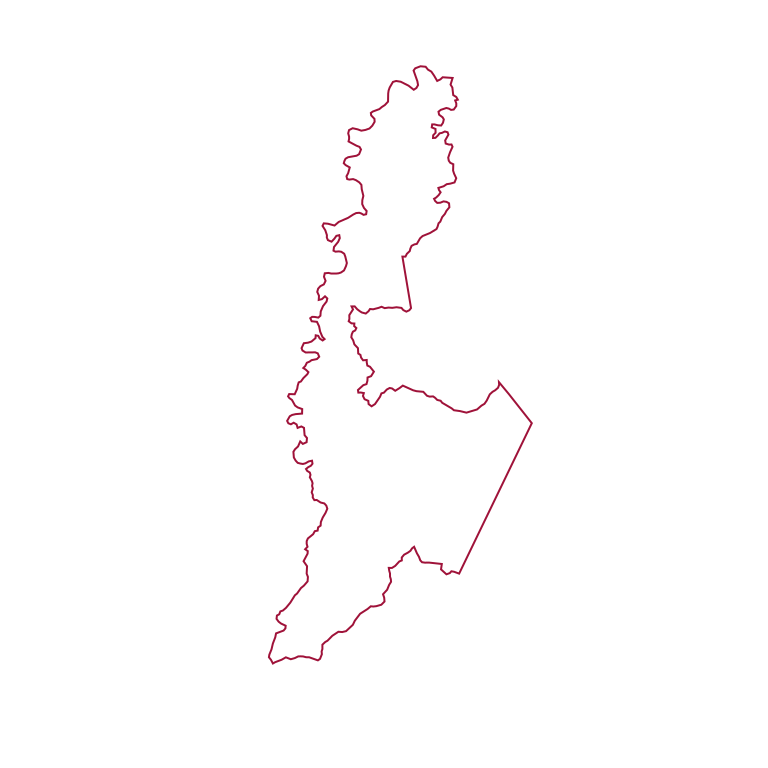 Santa Terezinha de Goiás, Goiás, Brazil (Albers equal-area conic projection), rotated 32°
{"feature_id": "56859067B60911131091675", "entity_name": "Santa Terezinha de Goiás", "entity_type": "district", "adm_level": 2, "iso_a3": "BRA", "parent_name": "Brazil", "parent_adm1": "Goiás", "projection": "albers", "projection_center": [-49.725, -14.312], "detail": "fine", "context": "isolated", "style": "outline", "palette": "rose", "viewbox_px": 768, "rotation_deg": 32, "n_neighbors": 0, "source": "geoboundaries", "source_scale": "gbopen_adm2", "svg_char_len": 6153}
<svg xmlns="http://www.w3.org/2000/svg" viewBox="0 0 768 768"><g transform="rotate(32 384 384)"><path d="M337.7,197.6L335.7,200.4L333.2,202.2L330.4,201.7L328.3,200.4L329.4,198.3L330.3,194.7L330.4,191.4L327.9,190.4L326.2,188.9L329.8,184.7L331.3,181.3L334.0,179.0L337.0,175.7L336.2,171.2L332.0,168.5L329.5,166.4L326.3,160.9L323.0,161.3L320.6,160.3L318.5,158.0L317.2,152.5L316.4,146.5L314.3,145.1L312.3,146.5L308.9,147.4L306.8,145.0L306.5,138.4L304.5,136.8L301.8,137.6L300.1,140.3L298.3,142.0L298.0,144.7L297.2,148.0L295.2,149.4L293.9,147.0L294.6,143.6L292.5,140.4L288.5,141.1L287.3,138.3L289.3,137.1L292.7,136.0L295.5,134.5L295.6,131.2L294.5,127.9L292.4,126.8L288.0,126.4L285.9,124.2L286.9,121.4L290.6,116.9L293.0,116.1L295.6,116.0L297.7,114.3L298.0,110.0L296.6,107.7L294.1,105.8L295.9,103.8L293.2,102.3L289.6,102.3L284.9,96.4L281.8,94.8L280.0,88.1L271.2,92.8L270.4,95.8L268.5,98.8L263.0,95.9L258.6,94.0L254.7,94.1L251.2,92.9L246.6,95.2L243.2,99.7L243.0,102.5L251.9,109.6L254.5,112.5L254.6,115.8L253.3,118.7L246.7,118.0L238.0,118.8L233.7,120.6L231.5,123.1L231.7,129.5L232.4,132.7L233.6,135.4L237.8,142.4L236.9,147.0L235.4,150.2L234.4,153.3L230.1,158.9L229.2,161.1L230.8,163.0L235.4,164.2L237.1,166.6L237.2,171.1L236.3,175.0L233.6,178.4L230.5,181.2L226.7,182.0L221.9,183.7L219.8,187.2L220.8,190.4L223.3,192.7L224.5,194.6L225.4,197.1L234.4,196.5L237.6,195.9L240.2,197.3L241.1,202.3L239.8,204.9L233.4,210.7L232.0,213.3L232.2,215.6L232.9,218.1L235.5,218.7L240.2,218.5L241.9,224.3L242.1,227.7L244.2,229.7L246.3,229.0L249.2,226.6L252.1,226.0L256.2,226.1L259.3,227.1L261.9,230.6L266.8,235.4L268.2,239.6L270.2,243.0L273.7,245.3L277.6,246.5L278.9,249.5L277.0,251.4L274.5,251.4L272.3,251.9L269.8,253.8L268.1,256.6L265.5,262.1L259.7,270.6L258.1,275.8L251.5,277.8L247.8,279.7L248.1,282.5L252.7,284.7L256.7,288.0L257.9,290.1L260.2,291.7L264.1,291.1L264.9,287.1L265.1,283.6L267.2,281.5L269.2,283.7L269.8,287.7L269.0,294.3L270.5,297.7L272.7,297.5L275.4,295.5L277.7,294.5L281.2,294.6L283.6,296.4L288.4,301.1L289.3,304.2L289.9,308.9L288.4,312.3L286.8,314.2L285.0,315.6L280.7,318.3L278.1,319.2L275.1,321.5L276.3,324.9L279.8,327.5L280.2,331.4L278.2,334.7L277.6,338.0L278.6,341.3L282.1,343.6L284.1,347.3L286.4,344.9L287.5,340.9L290.6,341.5L291.6,344.5L291.0,350.2L291.9,356.0L293.9,359.8L293.1,362.5L289.8,363.8L287.5,365.1L286.6,367.3L289.4,369.1L294.2,366.8L298.4,369.5L302.1,373.4L306.8,376.7L309.8,377.4L308.9,379.6L305.4,379.5L302.7,378.0L300.3,378.9L301.6,381.4L300.0,386.4L297.7,389.2L294.4,391.9L295.1,397.3L297.1,398.8L300.8,398.8L308.9,393.6L311.6,393.1L314.6,395.2L313.9,398.4L309.9,402.2L309.0,404.5L307.3,406.9L307.7,410.4L307.1,413.2L310.2,413.3L313.6,414.0L313.8,416.3L312.5,421.7L312.2,425.9L310.8,427.8L311.7,431.2L312.9,434.0L313.7,440.0L308.9,442.8L309.2,445.3L311.2,446.1L314.4,446.3L320.0,449.4L323.2,449.6L327.9,448.6L330.2,452.5L325.0,456.4L322.5,458.9L321.2,461.3L321.4,466.6L323.7,468.0L326.4,467.5L327.9,464.7L331.3,464.6L334.0,467.0L336.4,463.8L339.4,463.6L343.8,469.5L347.3,470.6L349.2,474.4L346.9,477.8L343.4,477.1L344.2,482.5L343.1,486.5L343.1,489.5L346.5,494.1L349.7,495.8L352.6,496.6L355.2,495.8L357.6,494.8L359.4,492.9L361.2,489.5L363.6,487.2L365.6,489.5L365.3,492.1L363.8,494.7L362.9,497.4L364.9,498.4L368.0,498.4L369.8,500.0L370.5,502.4L374.3,504.5L376.0,506.0L377.0,508.5L379.1,510.4L380.1,514.2L382.5,515.9L383.7,518.0L386.5,519.4L388.4,518.0L393.0,518.1L396.7,516.9L399.5,517.7L402.0,519.8L402.7,524.2L402.8,529.7L403.6,534.5L405.3,537.7L404.1,540.5L405.4,543.5L403.3,545.5L403.5,548.9L401.3,555.3L401.7,558.2L403.1,560.5L405.4,562.6L404.7,565.9L407.9,566.1L409.1,568.4L409.7,576.9L415.3,579.3L418.9,585.8L421.7,587.9L423.8,591.9L422.9,597.5L421.7,601.1L421.3,607.8L420.4,610.4L420.4,619.1L419.5,625.8L418.3,629.7L416.6,631.8L417.2,634.8L415.9,637.1L417.3,640.1L420.6,641.4L423.7,641.7L428.7,641.1L429.9,643.5L429.5,646.3L424.6,652.7L426.0,656.4L427.3,663.0L429.2,668.6L430.2,674.3L431.2,676.7L434.3,677.8L437.9,679.9L439.1,677.6L443.3,672.1L445.6,667.8L450.8,666.8L453.6,663.7L455.6,660.5L457.5,659.2L459.8,657.9L462.7,657.0L465.4,655.4L474.4,653.4L475.4,651.0L474.5,646.1L472.8,643.8L472.2,641.4L469.9,637.7L470.9,633.9L472.1,631.7L473.6,624.9L476.6,618.3L480.0,616.5L482.8,613.7L485.2,604.7L484.7,600.2L485.5,591.5L489.3,583.5L490.6,579.5L492.8,578.4L495.2,576.5L498.7,572.6L499.7,568.2L497.4,565.1L494.6,562.8L495.7,556.8L494.8,551.6L494.8,548.0L493.2,545.9L491.2,544.2L489.5,541.5L487.5,539.7L485.5,537.4L488.2,535.8L489.9,532.3L491.0,526.4L492.6,524.2L491.0,521.7L491.5,518.1L493.6,514.4L494.8,511.5L494.9,508.5L495.8,506.1L501.6,510.1L505.2,512.0L508.2,514.3L510.7,515.0L513.4,513.8L516.8,511.6L528.4,506.0L530.6,511.0L537.8,512.3L540.0,509.5L540.4,507.1L542.9,506.1L548.2,505.0L530.1,338.9L495.3,326.4L480.5,321.5L482.1,323.7L482.7,326.8L481.6,330.4L480.2,333.1L479.2,336.7L479.9,343.6L479.7,347.6L478.1,350.7L476.4,356.3L469.1,364.6L462.8,366.7L457.2,369.2L454.3,368.8L443.3,369.1L440.9,368.2L437.6,369.3L434.5,368.6L432.2,368.5L429.4,370.5L426.7,371.2L421.5,369.8L415.3,372.9L412.0,373.9L400.8,375.4L399.4,379.1L397.1,383.8L393.2,383.5L390.9,384.4L389.3,387.2L388.5,391.4L386.8,393.3L387.4,397.0L387.0,405.8L385.3,409.5L381.6,409.2L379.6,406.6L375.6,407.2L372.5,405.3L371.7,402.4L368.9,403.5L366.8,404.9L365.1,402.9L367.1,395.9L369.2,393.4L368.2,390.0L366.6,387.2L368.9,384.2L368.9,378.9L363.0,376.8L360.1,377.2L357.8,374.7L356.6,372.8L353.7,375.0L350.5,373.7L348.6,371.8L346.0,371.8L342.9,367.4L337.9,366.1L334.7,363.3L331.5,361.7L330.3,358.9L329.9,356.1L331.2,353.8L330.9,351.2L328.0,350.7L326.8,348.4L324.3,349.8L320.8,349.5L320.2,347.2L318.1,344.0L318.2,337.2L315.4,335.4L318.0,333.7L321.7,334.8L325.0,335.1L327.3,335.1L331.2,333.9L332.3,330.5L332.4,327.8L335.2,326.4L339.1,322.3L341.0,319.8L344.4,319.3L347.3,316.8L350.7,315.0L353.9,312.3L358.5,310.2L361.2,311.1L364.6,310.8L366.4,308.0L366.7,305.3L332.1,266.2L334.7,264.6L334.4,261.5L335.4,257.6L334.6,255.2L334.2,252.2L335.8,249.5L337.6,247.8L337.4,241.3L338.3,238.1L343.0,231.6L346.4,224.8L346.1,222.3L345.1,218.8L345.7,216.5L344.9,211.6L345.5,207.5L345.2,204.0L345.8,199.5L343.4,196.3L340.5,196.4L337.7,197.6Z" fill="none" stroke="#9f1239" stroke-width="2"/></g></svg>